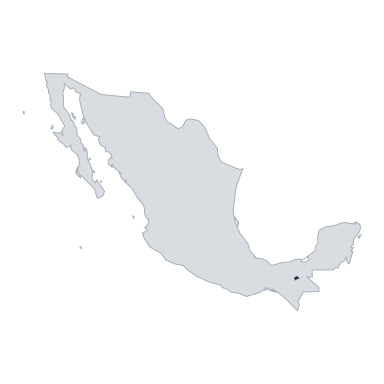 Yajalón, Chiapas, Mexico shown in context
{"feature_id": "50627088B12149275073321", "entity_name": "Yajalón", "entity_type": "district", "adm_level": 2, "iso_a3": "MEX", "parent_name": "Mexico", "parent_adm1": "Chiapas", "projection": "orthographic", "projection_center": [-92.339, 17.178], "detail": "fine", "context": "in_parent", "style": "filled", "palette": "slate", "viewbox_px": 384, "rotation_deg": 0, "n_neighbors": 0, "source": "geoboundaries", "source_scale": "gbopen_adm2", "svg_char_len": 4240}
<svg xmlns="http://www.w3.org/2000/svg" viewBox="0 0 384 384"><path d="M44.6,73.3L68.2,74.1L66.6,76.4L101.3,94.6L129.9,97.2L130.7,91.8L148.7,93.3L151.3,97.4L162.8,108.7L164.9,117.7L166.9,121.2L178.3,128.9L182.5,126.5L186.0,120.2L189.8,118.9L198.5,120.5L205.3,128.0L209.5,138.6L217.5,148.5L217.7,154.5L221.1,162.1L240.0,169.7L242.6,168.7L236.0,187.9L233.2,211.0L233.9,216.0L238.8,222.9L237.6,226.5L238.0,222.8L234.0,217.0L235.1,222.3L240.0,233.4L248.2,244.1L250.0,250.7L255.8,257.5L254.1,257.3L257.6,258.9L256.5,258.0L262.8,258.9L267.3,261.3L271.2,265.6L281.9,262.5L289.8,262.0L295.0,259.5L300.5,258.9L301.6,259.9L301.2,261.3L305.7,262.2L308.7,260.1L307.9,256.6L306.4,257.5L306.8,256.8L315.0,251.0L315.5,246.3L317.8,243.6L317.8,236.0L319.2,230.4L325.4,227.0L336.2,225.1L340.9,223.1L346.2,222.6L355.0,224.3L355.7,223.1L353.4,223.0L356.3,222.1L359.9,224.5L360.6,227.8L359.0,232.4L353.5,239.4L353.4,244.0L350.6,246.9L351.1,247.9L353.7,247.5L351.0,250.4L351.1,251.6L352.9,251.1L349.6,262.8L348.7,263.8L346.8,261.3L346.3,256.9L343.8,261.5L341.2,261.9L337.9,267.9L334.1,267.9L333.8,269.8L312.2,270.1L312.2,277.1L307.2,277.1L319.1,287.7L318.8,291.7L303.4,291.8L297.8,301.7L299.4,304.2L297.5,310.7L286.3,299.5L277.4,291.9L272.0,289.0L271.3,289.7L276.4,292.4L268.5,290.0L269.1,288.2L267.0,288.9L265.7,287.3L264.3,289.0L266.9,289.9L262.9,290.2L258.9,292.7L246.4,296.5L238.4,293.1L231.6,292.2L227.2,289.1L222.7,287.7L219.9,284.8L209.0,282.1L195.6,275.6L187.1,269.6L183.5,265.6L174.5,263.8L166.1,260.1L161.1,253.5L149.7,246.8L144.1,238.1L142.4,232.9L147.2,230.8L146.6,228.6L144.6,227.8L148.0,224.2L148.7,219.6L146.3,217.9L144.3,213.1L144.7,209.0L143.4,205.1L137.3,197.6L132.2,188.8L123.9,180.8L126.4,182.4L126.7,180.8L122.1,178.9L119.2,172.9L121.6,173.3L115.1,168.8L114.4,166.8L111.7,167.3L111.4,166.4L113.6,164.3L110.1,165.8L108.3,163.9L108.3,160.2L111.2,157.1L112.0,157.8L110.7,154.2L108.8,151.8L105.9,151.7L104.6,146.9L101.2,145.6L99.4,143.4L98.5,139.3L99.8,136.8L93.8,134.9L85.2,121.1L85.1,118.0L83.6,116.9L79.6,100.5L79.9,95.7L80.9,94.2L75.6,91.6L74.7,88.9L73.0,87.9L70.8,89.1L64.1,83.5L64.8,86.7L62.7,92.4L63.5,97.3L63.3,106.3L69.7,115.1L71.4,120.7L72.6,120.6L72.9,122.3L74.1,122.6L74.6,126.2L76.7,127.5L76.9,134.9L80.4,139.0L81.2,143.2L83.0,144.8L83.7,149.8L85.2,151.1L84.8,147.4L86.8,149.7L88.1,161.2L90.4,164.7L93.0,173.1L92.0,176.5L92.4,179.6L95.2,182.9L96.7,180.0L104.5,191.4L103.2,195.3L99.3,197.9L97.2,198.0L94.4,188.9L81.8,175.9L80.5,175.9L78.1,172.0L77.9,169.4L79.5,164.1L79.0,158.8L77.4,154.9L71.4,149.6L70.7,145.1L69.2,146.8L65.7,147.3L63.7,144.0L58.0,140.2L57.5,137.5L53.6,133.3L53.4,132.0L58.0,133.2L60.9,132.5L60.7,133.7L62.9,135.2L62.5,132.1L61.4,131.8L64.7,126.1L57.8,113.9L51.5,108.1L50.6,105.5L51.4,101.4L49.9,99.9L50.3,95.1L48.4,92.8L48.7,90.0L46.4,85.3L46.3,83.2L47.6,82.0L45.8,80.0L44.6,73.3ZM84.7,121.2L83.5,124.0L81.2,122.8L82.9,118.6L84.4,118.3L84.7,121.2ZM75.1,119.6L72.2,116.1L71.9,112.9L73.4,114.1L73.5,115.9L75.2,116.6L75.1,119.6ZM359.0,238.4L358.1,237.4L358.5,236.1L361.0,234.9L359.0,238.4ZM77.8,175.6L75.7,172.3L78.0,166.4L76.8,171.8L77.8,175.6ZM52.5,129.0L50.8,128.4L52.6,125.4L53.0,127.8L52.5,129.0ZM24.1,114.5L23.0,112.2L23.6,111.3L24.1,111.5L24.1,114.5ZM79.9,175.9L81.1,178.4L78.2,175.8L79.9,175.9ZM134.3,217.1L133.9,218.1L133.1,217.6L132.9,215.9L134.3,217.1ZM94.2,171.1L94.6,173.0L93.2,170.5L94.2,171.1ZM89.7,158.3L90.5,159.2L88.9,160.7L89.7,158.3ZM81.5,248.3L80.8,248.5L79.9,247.6L80.8,246.7L81.5,248.3ZM304.3,259.0L302.4,259.4L305.7,258.4L304.3,259.0ZM101.5,182.4L100.6,182.1L100.7,180.3L101.5,182.4Z" fill="#d9dde1" stroke="#a8b0b8" stroke-width="1"/><path d="M297.8,277.5L297.8,277.4L297.7,277.3L297.6,277.2L297.4,277.2L297.3,277.3L297.2,277.3L296.9,277.2L296.7,277.2L296.4,277.1L296.3,277.3L296.4,277.5L296.2,277.5L295.9,277.6L295.8,277.8L295.7,277.8L295.4,277.8L295.5,277.8L295.4,277.8L295.2,277.9L295.1,278.0L295.0,278.4L295.0,278.6L295.2,278.8L295.3,278.8L295.5,278.9L295.5,279.0L295.7,278.8L295.5,278.6L295.8,278.4L295.8,278.5L296.0,278.4L296.1,278.5L296.2,278.8L296.3,278.8L296.3,278.7L296.5,278.6L296.6,278.4L296.8,278.3L296.8,278.2L297.0,278.3L297.1,278.2L297.3,277.9L297.5,278.1L297.8,278.1L297.7,278.0L297.6,277.9L297.8,277.6L297.8,277.5Z" fill="#64748b" stroke="#1e293b" stroke-width="1.5"/></svg>